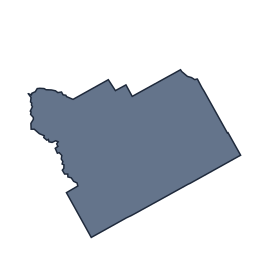 Yakima, Washington, United States of America (Mercator projection), rotated 331°
{"feature_id": "52423323B32791313624567", "entity_name": "Yakima", "entity_type": "district", "adm_level": 2, "iso_a3": "USA", "parent_name": "United States of America", "parent_adm1": "Washington", "projection": "mercator", "projection_center": [-121.053, 46.564], "detail": "fine", "context": "isolated", "style": "filled", "palette": "slate", "viewbox_px": 256, "rotation_deg": 331, "n_neighbors": 0, "source": "geoboundaries", "source_scale": "gbopen_adm2", "svg_char_len": 1077}
<svg xmlns="http://www.w3.org/2000/svg" viewBox="0 0 256 256"><g transform="rotate(331 128 128)"><path d="M49.7,95.5L51.1,99.3L52.8,99.4L52.2,101.8L54.6,103.8L58.6,104.1L60.2,106.2L57.9,107.3L57.8,110.1L54.5,110.5L54.0,115.8L55.9,116.2L56.8,119.9L54.6,122.8L54.8,125.7L52.9,127.5L54.1,129.2L52.3,132.2L50.1,133.0L50.2,137.5L53.0,139.1L51.7,141.6L54.2,144.1L54.6,148.3L56.8,151.4L56.0,154.4L42.8,154.7L42.8,205.9L82.9,205.8L89.5,206.2L140.4,206.3L153.2,206.3L155.4,206.5L213.3,206.4L213.2,180.6L212.5,180.6L212.4,132.9L212.2,128.6L212.4,118.8L211.7,118.5L210.0,118.1L209.6,117.7L208.0,114.7L205.0,111.7L202.3,104.6L202.2,102.5L153.3,102.4L147.0,102.4L147.1,89.3L135.1,89.2L134.2,76.2L93.8,76.3L89.5,70.8L89.5,69.2L87.3,67.5L87.3,64.3L83.8,63.0L82.6,60.3L79.5,57.6L74.9,54.8L73.7,52.8L70.1,50.5L67.7,49.5L64.5,51.3L60.8,51.0L59.6,52.2L57.5,49.7L57.4,49.7L58.0,54.3L55.4,57.9L55.9,59.4L54.7,61.1L54.7,63.1L50.7,65.9L51.0,67.0L49.4,68.9L50.3,72.8L49.5,74.5L45.3,76.9L42.7,82.1L45.4,83.6L47.7,90.0L51.0,94.1L49.7,95.5Z" fill="#64748b" stroke="#1e293b" stroke-width="1.5"/></g></svg>